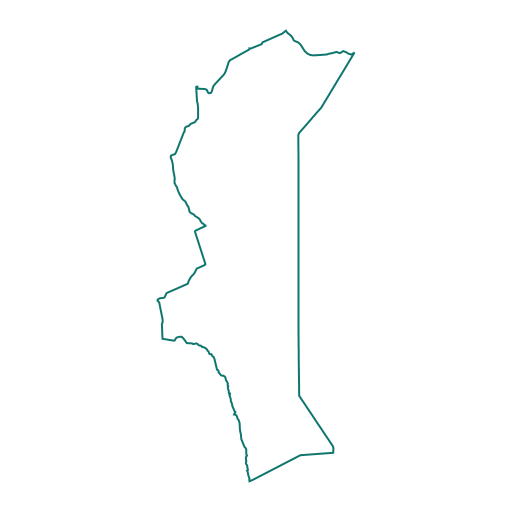 the Province of North-Eastern
{"feature_id": "KEN-893", "entity_name": "North-Eastern", "entity_type": "Province", "adm_level": 1, "iso_a3": "KEN", "parent_name": "Kenya", "parent_adm1": "", "projection": "natural_earth1", "projection_center": [39.831, 1.103], "detail": "fine", "context": "isolated", "style": "outline", "palette": "teal", "viewbox_px": 512, "rotation_deg": 0, "n_neighbors": 0, "source": "natural_earth", "source_scale": "10m", "svg_char_len": 5163}
<svg xmlns="http://www.w3.org/2000/svg" viewBox="0 0 512 512"><path d="M285.9,30.7L287.3,32.8L291.0,35.7L292.5,37.7L293.5,39.8L294.1,40.6L295.2,41.2L298.1,42.4L299.1,43.1L300.7,44.8L304.7,51.1L307.4,53.6L310.3,55.0L313.5,55.4L319.8,55.0L326.6,54.5L329.7,53.5L331.3,53.4L336.2,52.0L337.2,52.1L338.8,52.9L339.7,53.1L340.6,52.8L343.2,51.1L346.1,52.2L348.8,53.9L351.5,54.5L354.5,52.5L349.4,61.0L344.3,69.5L339.1,78.0L334.0,86.5L330.8,91.8L327.7,97.0L324.5,102.2L321.4,107.5L316.3,113.2L311.3,119.0L306.3,124.8L301.3,130.5L299.2,132.9L298.3,134.9L298.3,138.7L298.4,147.8L298.5,157.3L298.5,162.6L298.5,170.1L298.5,177.7L298.5,185.2L298.5,192.7L298.5,201.6L298.5,210.4L298.5,219.3L298.5,228.1L298.5,237.0L298.5,245.8L298.5,247.0L298.5,254.7L298.5,263.5L298.5,272.4L298.5,281.2L298.5,290.1L298.5,298.9L298.5,307.8L298.5,316.6L298.5,325.5L298.5,334.3L298.6,340.1L298.6,344.9L298.7,349.7L298.7,357.4L298.8,365.1L298.9,372.7L299.0,380.4L299.1,385.4L299.1,390.4L299.2,395.8L300.7,398.1L302.3,400.5L303.9,402.8L305.4,405.1L308.4,409.6L311.6,414.3L314.9,419.4L317.7,423.6L320.8,428.1L323.9,432.8L327.0,437.4L330.1,442.0L332.4,445.5L333.2,447.1L333.4,448.4L333.2,452.8L300.6,455.2L300.2,455.3L252.9,479.8L249.5,481.3L249.3,480.0L249.3,479.5L249.5,478.8L249.2,477.8L248.4,475.6L247.6,471.7L247.1,470.7L247.4,470.5L247.8,470.0L248.0,469.8L247.6,468.8L247.1,465.4L246.8,464.9L246.2,464.1L245.9,463.4L245.9,462.9L246.2,462.1L246.3,461.5L245.9,458.4L245.9,457.2L246.0,457.0L246.3,456.7L246.6,456.3L246.8,455.7L246.7,455.7L246.3,453.8L246.2,449.3L245.7,448.2L244.9,447.3L244.3,446.5L241.8,440.3L241.5,439.7L241.3,439.0L240.9,434.4L240.3,431.9L239.9,429.2L239.6,423.2L238.8,420.4L237.5,418.6L237.2,417.1L236.5,415.6L235.5,414.6L234.1,414.5L234.6,413.2L234.9,412.6L235.4,412.1L234.5,411.0L232.3,406.0L232.0,404.0L231.6,402.8L230.8,401.3L230.8,399.9L230.8,399.4L229.9,396.2L229.5,395.5L229.8,395.0L229.9,394.6L230.0,393.6L229.5,393.6L229.1,393.6L228.9,392.9L228.7,390.7L227.9,388.4L227.8,387.3L228.3,386.3L227.7,385.6L227.7,384.5L227.8,383.4L227.7,383.0L225.8,379.8L225.7,378.5L225.4,377.5L224.8,376.7L224.1,376.1L223.1,375.7L221.5,375.5L220.8,375.1L220.5,374.7L219.0,372.6L218.6,372.5L218.6,371.5L218.4,370.6L217.9,370.1L217.2,369.9L216.8,368.8L214.4,358.7L213.6,357.0L212.5,356.2L212.4,356.0L211.7,354.7L211.5,354.3L210.9,354.1L210.0,354.2L209.4,353.8L208.7,351.9L208.3,351.3L207.5,350.6L206.9,349.4L206.1,348.6L205.1,347.9L204.4,347.5L202.2,346.9L201.8,346.8L201.7,346.4L201.3,346.0L200.8,345.7L199.0,345.4L198.3,344.9L197.8,344.2L196.8,343.6L195.5,343.5L194.3,343.9L193.1,344.0L192.0,343.4L186.8,343.1L183.5,338.5L182.8,337.8L182.5,337.7L182.3,337.3L182.0,337.0L181.5,336.8L179.6,336.8L177.7,337.2L176.7,337.6L176.1,338.1L175.6,338.8L175.2,339.7L174.7,340.4L174.0,340.7L162.5,338.8L161.9,324.1L162.0,323.6L162.5,322.6L162.6,322.1L162.7,321.6L162.5,318.9L159.2,302.5L159.1,302.2L157.8,301.1L157.6,300.9L157.5,300.5L157.5,300.1L157.8,299.6L158.1,299.4L158.2,299.2L159.3,298.6L159.6,298.4L159.9,298.3L163.7,297.8L164.0,297.7L164.3,297.5L164.5,297.3L164.7,297.0L165.5,295.5L166.3,293.6L166.5,293.3L166.7,293.1L166.9,292.9L167.4,292.7L187.7,283.8L188.0,283.5L188.1,283.2L188.3,282.1L188.5,281.5L189.2,280.0L190.9,277.1L191.7,276.1L193.1,274.8L193.7,274.1L194.5,273.0L196.5,269.1L196.7,268.8L196.8,268.6L204.1,265.3L204.8,264.9L205.3,264.5L205.3,263.9L205.2,263.4L195.1,232.1L195.0,231.3L195.4,230.8L196.0,230.4L205.6,225.9L205.6,225.6L205.4,225.5L204.3,224.8L204.0,224.6L203.8,224.3L203.4,223.9L203.2,223.7L202.5,223.5L202.3,223.3L202.0,223.1L200.7,221.3L200.4,220.6L200.2,220.3L200.1,220.0L199.7,219.4L199.3,218.9L198.9,218.4L195.1,216.0L194.7,215.6L193.8,214.6L193.6,214.4L192.7,213.9L191.2,213.3L190.9,213.1L190.7,212.9L189.8,211.9L189.6,211.7L189.5,211.4L189.4,211.1L188.7,207.9L188.2,206.5L187.8,206.0L187.2,205.2L187.0,204.9L186.8,204.6L186.3,203.3L185.7,202.1L185.5,201.8L184.6,200.9L182.6,199.3L182.2,198.8L179.6,194.3L177.8,190.2L176.9,187.2L176.6,186.6L176.2,186.1L176.0,185.9L175.8,185.6L175.6,185.3L175.3,184.3L175.1,183.9L175.0,183.7L174.5,183.1L174.5,182.4L174.5,181.4L174.7,179.1L174.6,177.3L174.5,177.0L174.1,174.4L174.1,174.0L173.8,173.3L173.1,169.0L172.9,165.1L172.0,160.7L171.2,158.7L170.8,157.6L170.7,157.1L170.7,156.8L170.8,156.6L170.8,156.1L171.0,155.7L171.7,155.3L175.0,154.1L176.2,151.9L183.9,132.2L184.3,131.9L184.5,131.6L184.7,130.2L184.7,129.2L184.8,128.7L184.9,128.1L185.4,127.5L185.7,127.2L186.1,126.9L186.6,126.6L188.2,126.1L188.8,125.9L189.1,125.7L189.3,125.5L190.2,124.3L190.7,123.9L191.3,123.6L194.4,122.4L194.9,122.1L195.3,121.7L196.0,120.5L196.3,120.1L197.6,119.0L197.8,118.7L198.0,118.0L198.1,116.9L198.1,107.6L197.6,103.6L197.0,101.1L196.2,88.0L196.2,86.9L196.6,86.6L197.4,86.7L197.6,87.4L197.1,88.7L204.7,89.0L206.6,89.7L207.1,90.5L207.5,91.5L207.9,92.4L208.9,93.2L210.8,93.0L211.9,91.2L213.2,86.5L214.8,84.3L218.8,80.0L223.6,74.9L224.8,73.2L225.8,71.0L227.5,65.8L228.7,62.0L229.9,60.3L235.2,57.4L240.4,54.4L246.4,51.1L249.1,49.5L249.4,49.1L249.4,48.7L249.4,48.4L250.0,48.5L250.4,48.6L250.6,48.6L256.8,46.1L261.6,44.2L261.9,43.8L262.3,42.7L262.6,42.3L270.5,38.8L277.0,35.9L282.1,33.7L285.9,30.7Z" fill="none" stroke="#0f766e" stroke-width="2"/></svg>